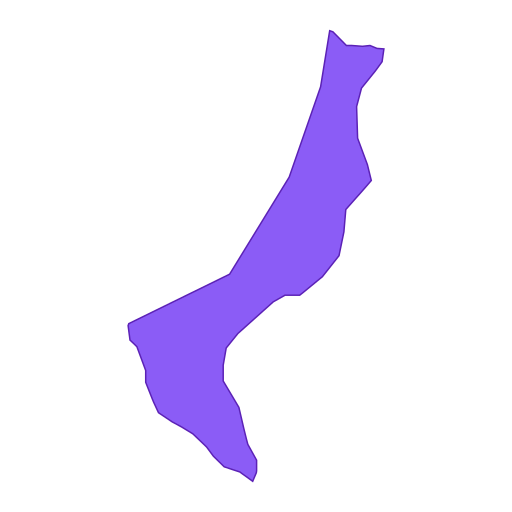 Lenny Hill, Soufrière, Saint Lucia
{"feature_id": "8701671B81462153055318", "entity_name": "Lenny Hill", "entity_type": "district", "adm_level": 2, "iso_a3": "LCA", "parent_name": "Saint Lucia", "parent_adm1": "Soufrière", "projection": "equal_earth", "projection_center": [-61.059, 13.851], "detail": "fine", "context": "isolated", "style": "filled", "palette": "violet", "viewbox_px": 512, "rotation_deg": 0, "n_neighbors": 0, "source": "geoboundaries", "source_scale": "gbopen_adm2", "svg_char_len": 887}
<svg xmlns="http://www.w3.org/2000/svg" viewBox="0 0 512 512"><path d="M329.7,30.7L320.6,86.8L289.2,177.1L229.6,274.2L128.8,323.6L128.1,325.6L130.0,340.1L132.9,342.8L136.9,346.7L145.7,370.5L145.7,382.3L152.2,398.7L153.6,402.1L158.5,412.7L172.2,421.9L174.3,423.0L182.0,427.2L186.9,430.2L192.8,433.8L200.9,441.5L206.6,447.0L213.4,456.2L224.2,466.8L235.0,470.4L239.9,472.0L241.9,473.5L252.7,481.3L256.3,472.8L256.6,470.9L256.6,460.2L247.8,444.3L246.4,439.0L243.8,428.5L240.5,414.3L238.9,407.4L223.2,381.0L223.2,365.2L226.2,348.0L237.9,333.5L273.3,301.8L285.0,295.2L299.7,295.2L303.0,292.6L319.8,278.8L322.3,276.8L339.0,255.7L343.9,231.9L345.8,209.5L364.5,188.4L371.3,180.5L367.4,164.6L357.6,138.2L356.6,106.6L361.5,88.1L375.3,71.0L382.1,61.7L383.9,48.9L377.0,48.4L370.0,45.5L362.5,46.3L351.8,45.5L346.4,45.5L332.9,31.8L329.7,30.7Z" fill="#8b5cf6" stroke="#5b21b6" stroke-width="1.5"/></svg>